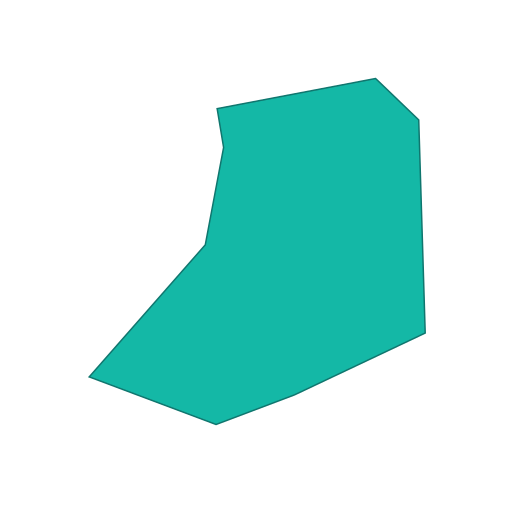 SVG path tracing the border of Neutral Zone, rotated 255°
{"feature_id": "ARE-344", "entity_name": "Neutral Zone", "entity_type": "Emirate", "adm_level": 1, "iso_a3": "ARE", "parent_name": "United Arab Emirates", "parent_adm1": "", "projection": "equal_earth", "projection_center": [56.299, 24.93], "detail": "fine", "context": "isolated", "style": "filled", "palette": "teal", "viewbox_px": 512, "rotation_deg": 255, "n_neighbors": 0, "source": "natural_earth", "source_scale": "10m", "svg_char_len": 314}
<svg xmlns="http://www.w3.org/2000/svg" viewBox="0 0 512 512"><g transform="rotate(255 256 256)"><path d="M408.4,256.6L396.5,417.4L395.1,418.3L345.3,448.4L137.8,399.5L111.9,257.2L103.6,173.8L182.4,63.6L279.9,209.9L369.2,252.8L407.2,256.5L408.4,256.6Z" fill="#14b8a6" stroke="#0f766e" stroke-width="1.5"/></g></svg>